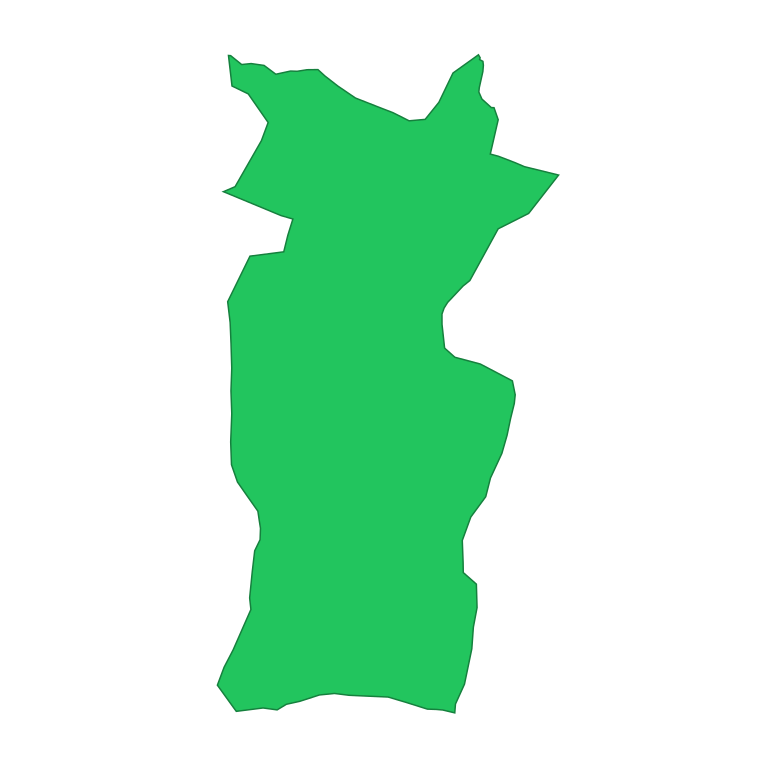 Guyuk, Gombe, Nigeria, rotated 182°
{"feature_id": "59680162B83966420631158", "entity_name": "Guyuk", "entity_type": "district", "adm_level": 2, "iso_a3": "NGA", "parent_name": "Nigeria", "parent_adm1": "Gombe", "projection": "natural_earth1", "projection_center": [11.903, 9.837], "detail": "fine", "context": "isolated", "style": "filled", "palette": "green", "viewbox_px": 768, "rotation_deg": 182, "n_neighbors": 0, "source": "geoboundaries", "source_scale": "gbopen_adm2", "svg_char_len": 1683}
<svg xmlns="http://www.w3.org/2000/svg" viewBox="0 0 768 768"><g transform="rotate(182 384 384)"><path d="M394.4,658.9L401.0,661.2L422.5,668.8L440.6,680.2L453.7,689.7L461.0,695.9L471.8,695.4L481.7,693.5L488.3,693.5L502.9,689.8L515.0,698.2L528.0,699.6L537.4,698.3L548.7,706.8L550.9,706.9L546.3,676.5L529.8,669.2L508.9,641.3L515.0,622.9L539.7,576.0L551.2,570.6L492.7,548.7L480.8,545.7L485.3,529.3L488.8,512.6L522.4,507.1L543.1,460.8L539.9,440.0L538.3,419.1L537.6,408.4L536.7,394.5L536.7,390.2L536.7,371.8L535.1,349.1L535.1,346.0L535.2,320.7L533.6,298.0L527.0,280.9L517.1,267.7L505.6,252.5L503.8,242.7L502.4,235.5L502.4,224.1L507.4,212.8L509.1,192.0L510.8,165.5L509.2,154.4L509.1,154.1L525.5,113.0L533.9,95.4L540.0,77.2L523.1,55.4L520.2,51.7L493.6,56.0L479.4,54.6L470.4,60.5L457.2,63.9L437.6,71.0L427.0,72.4L422.7,73.0L408.1,71.7L400.0,71.6L399.9,71.6L390.1,71.5L369.0,71.3L350.9,66.6L329.3,60.6L320.2,60.6L314.9,60.3L314.2,60.3L301.8,57.8L301.4,66.7L293.1,86.8L287.0,122.4L286.2,144.1L283.2,163.8L284.7,187.2L298.2,198.3L298.7,208.2L300.3,230.4L292.6,254.1L278.4,274.9L274.3,293.8L263.8,318.7L259.2,337.1L256.3,353.8L253.1,369.1L252.5,377.8L255.8,391.6L288.4,407.3L314.1,413.2L324.6,421.9L324.9,423.4L327.0,438.0L328.1,445.6L328.5,455.9L326.6,462.0L323.3,467.7L318.3,473.4L308.4,484.7L301.8,490.4L286.1,521.6L275.3,543.1L245.4,559.5L216.8,598.9L251.2,606.1L261.1,609.9L277.6,615.6L285.8,617.5L279.1,652.1L283.7,664.0L286.4,664.0L296.1,672.2L299.4,679.1L299.1,683.6L296.1,699.7L295.8,706.0L296.4,709.9L299.8,711.6L299.3,713.4L301.1,716.3L325.9,697.2L339.0,667.4L352.1,649.9L368.1,647.9L382.4,654.5L384.6,655.5L394.4,658.9Z" fill="#22c55e" stroke="#15803d" stroke-width="1.5"/></g></svg>